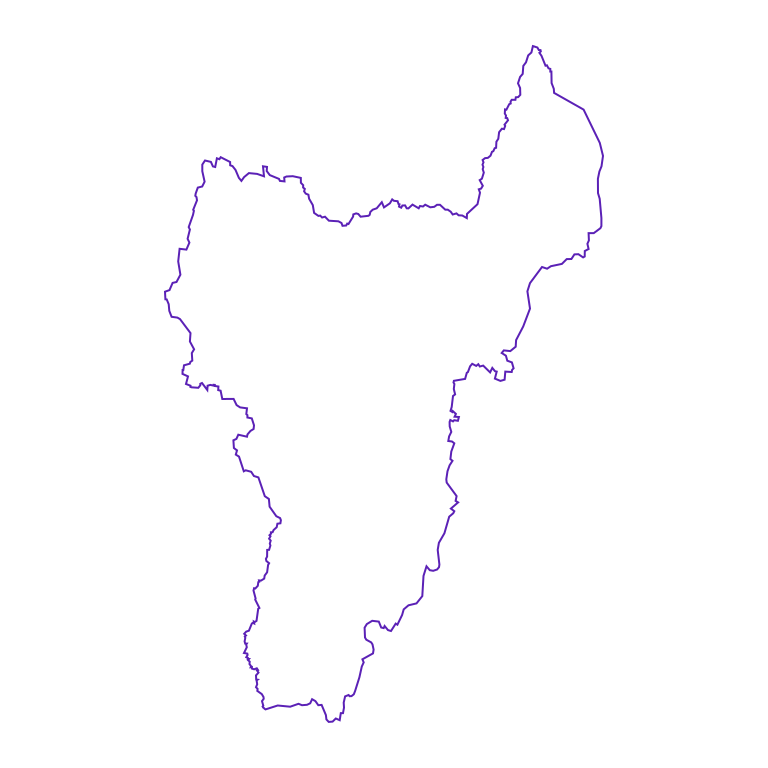 Kut Rang, Maha Sarakham, Thailand (Equal Earth projection)
{"feature_id": "78962969B2747980424565", "entity_name": "Kut Rang", "entity_type": "district", "adm_level": 2, "iso_a3": "THA", "parent_name": "Thailand", "parent_adm1": "Maha Sarakham", "projection": "equal_earth", "projection_center": [102.948, 16.039], "detail": "fine", "context": "isolated", "style": "outline", "palette": "violet", "viewbox_px": 768, "rotation_deg": 0, "n_neighbors": 0, "source": "geoboundaries", "source_scale": "gbopen_adm2", "svg_char_len": 6086}
<svg xmlns="http://www.w3.org/2000/svg" viewBox="0 0 768 768"><path d="M265.9,558.9L266.4,561.0L269.1,563.2L268.1,564.9L267.1,572.3L264.7,575.5L264.2,578.6L261.0,580.6L259.0,580.4L259.3,581.7L258.3,582.1L257.8,585.8L255.3,588.5L254.1,588.2L253.5,590.5L255.6,598.5L255.2,599.6L259.4,608.0L258.2,608.8L256.5,620.9L254.7,622.1L253.9,621.6L254.2,623.5L252.8,622.8L251.8,623.6L248.9,630.7L246.2,631.6L244.2,633.8L246.0,635.5L244.8,636.5L245.3,637.8L244.6,641.4L245.2,643.6L246.8,643.6L246.2,644.6L246.8,647.2L244.0,653.0L247.3,653.6L247.6,654.9L246.3,657.2L247.8,657.8L247.7,659.0L249.0,659.0L248.1,660.2L249.7,661.6L249.5,664.1L251.1,666.2L250.7,667.2L251.9,667.0L251.9,668.6L254.1,669.3L256.8,668.3L258.0,670.1L257.0,670.5L258.5,672.6L256.0,675.4L256.2,679.5L257.6,679.7L256.6,680.5L257.2,684.3L256.0,687.2L257.6,688.9L257.3,690.9L261.8,694.1L263.5,697.0L263.7,698.8L262.0,701.1L263.3,705.7L262.6,706.5L263.2,707.6L263.9,708.0L264.6,708.8L265.5,709.4L277.7,705.5L290.2,706.7L298.5,703.8L302.0,705.2L307.0,704.8L310.2,703.3L312.1,699.2L315.4,701.1L318.3,705.2L321.6,704.9L325.9,715.1L326.4,719.4L328.7,721.9L332.6,721.6L335.8,718.5L339.7,720.2L340.8,713.1L343.0,713.1L344.0,707.6L343.7,702.6L345.1,696.4L348.6,695.0L349.6,696.2L351.5,696.1L353.8,694.3L355.1,691.0L359.4,677.3L361.8,666.5L363.7,662.4L362.4,659.3L373.0,653.4L373.6,649.6L372.5,644.4L371.2,642.4L366.3,639.7L365.0,637.5L364.6,627.7L366.8,624.1L372.2,620.8L378.8,621.6L381.2,627.5L383.7,628.1L384.6,626.0L388.0,630.1L391.0,631.0L395.7,623.6L397.4,624.7L402.1,615.0L403.7,609.4L408.5,605.3L416.5,603.4L422.3,596.1L423.5,575.9L426.5,566.3L429.8,570.2L433.2,570.8L437.1,569.5L439.0,567.2L439.4,564.6L437.7,549.9L438.9,542.8L444.4,533.3L449.2,516.7L453.3,513.2L454.3,511.2L450.9,508.6L458.1,502.4L455.6,500.9L456.6,496.1L446.7,482.6L446.3,479.3L447.5,471.2L449.6,465.3L452.5,460.8L450.4,459.1L451.3,451.5L454.3,443.3L452.0,441.5L448.3,441.0L449.1,436.4L451.3,431.9L449.7,426.4L449.6,421.9L450.3,420.0L453.0,421.4L454.2,420.2L457.9,420.8L458.9,417.0L454.6,416.7L455.9,413.9L452.7,411.0L452.3,412.0L450.5,410.9L451.7,407.0L453.0,396.0L455.1,394.4L453.8,389.0L454.4,384.0L453.5,382.5L453.9,380.8L465.1,378.9L466.8,372.8L467.9,372.1L470.1,366.3L472.2,363.8L476.2,365.9L478.3,364.2L479.8,366.5L483.2,365.6L490.1,372.4L492.3,367.9L495.0,371.2L496.7,371.6L494.9,378.6L500.4,380.9L504.6,379.7L505.3,371.6L511.7,372.0L512.1,369.9L513.6,368.3L511.9,362.4L507.3,360.7L505.9,355.7L501.7,353.0L503.8,350.4L510.3,351.1L515.7,346.7L516.1,340.1L523.2,326.5L530.0,308.6L527.4,291.3L530.0,283.1L542.0,267.0L547.1,268.7L550.9,266.2L561.9,263.9L566.7,259.1L571.4,259.0L574.4,254.4L578.4,254.2L583.1,257.4L584.7,256.5L584.8,251.0L588.6,249.0L587.4,243.8L588.9,240.4L588.6,233.1L593.8,233.1L600.4,228.2L601.4,226.1L601.4,218.0L599.7,198.8L598.0,193.1L597.9,178.8L599.4,171.5L601.5,166.3L603.0,155.9L599.8,142.9L583.6,109.6L554.1,92.9L553.8,88.8L551.6,83.1L551.4,71.5L550.3,71.5L550.3,68.9L548.5,68.3L546.9,65.3L545.5,65.7L541.5,55.8L539.4,52.8L540.8,51.4L540.5,50.1L538.8,50.0L537.4,47.5L532.9,46.1L531.4,52.5L528.2,55.4L526.0,62.3L523.3,65.9L522.7,73.9L520.1,76.9L518.0,83.3L520.1,88.0L520.3,94.8L518.2,97.1L515.8,97.3L515.4,99.8L511.7,99.8L510.5,101.7L510.7,103.5L509.2,104.2L506.4,109.7L505.0,109.4L504.8,113.6L506.0,115.5L505.7,117.9L507.2,118.1L508.0,120.3L504.5,124.7L505.2,125.9L504.0,129.1L501.9,128.7L499.1,132.2L498.3,138.8L496.4,141.7L496.1,147.8L494.7,148.2L493.3,151.2L492.0,151.8L490.5,155.7L487.8,157.9L485.1,158.1L482.6,160.0L483.5,162.3L482.5,164.7L483.4,167.0L482.7,169.1L483.8,172.6L481.9,178.7L479.7,180.1L482.8,185.8L481.1,188.6L478.8,189.3L480.0,192.7L477.5,204.2L467.0,213.9L466.8,218.1L462.3,215.5L458.6,215.3L456.5,213.4L452.7,214.5L450.7,211.7L447.8,209.7L445.3,209.7L440.0,204.8L437.0,204.8L434.3,206.8L430.3,207.3L425.2,204.7L423.0,206.5L420.0,206.0L418.7,208.3L412.5,204.6L408.4,208.4L406.7,208.3L405.1,205.4L402.4,205.5L401.2,207.7L399.0,206.6L399.5,204.3L398.5,204.0L397.6,201.2L393.9,200.8L392.2,199.4L389.9,203.3L384.0,207.4L381.8,202.2L376.7,208.3L372.7,209.7L370.3,212.0L369.7,214.8L368.5,215.8L360.6,216.7L358.3,214.0L356.1,213.4L353.3,214.4L353.1,216.6L348.5,224.0L347.2,223.6L346.2,225.5L342.5,225.8L341.5,223.0L338.4,221.3L328.9,220.7L325.0,216.7L322.1,217.5L320.2,215.6L318.4,215.9L314.1,212.9L312.8,205.1L309.1,198.7L308.4,194.7L305.7,193.6L304.1,191.3L304.8,188.9L303.1,187.5L303.2,185.2L300.9,182.8L300.8,177.9L292.8,176.2L286.5,176.5L284.2,177.5L284.5,181.4L279.9,180.9L279.0,178.9L269.8,175.1L266.7,171.0L267.0,166.9L263.0,166.3L264.0,176.3L257.1,173.9L248.9,173.1L244.1,177.1L241.4,180.9L238.9,177.9L235.5,169.9L232.5,166.1L230.2,165.3L230.1,162.0L220.7,157.2L219.4,159.2L216.9,158.3L215.2,167.0L212.9,166.4L210.9,161.9L205.0,160.5L202.3,164.6L202.3,171.2L204.6,181.7L202.2,186.5L197.8,187.6L195.7,193.5L195.3,195.8L196.5,197.1L197.0,200.3L193.2,209.8L193.9,210.8L193.0,214.9L188.7,227.1L189.9,229.5L187.6,238.8L189.4,242.6L186.4,249.6L179.6,248.8L178.2,261.4L180.4,274.7L176.5,282.0L172.6,282.9L169.5,290.1L165.0,291.7L165.4,299.3L166.7,299.4L168.7,304.2L169.3,310.9L171.6,316.8L177.4,317.6L180.0,319.1L190.5,333.1L189.9,341.5L194.1,349.3L191.8,353.1L192.3,360.6L190.3,362.0L189.8,363.7L184.0,365.3L183.3,370.0L182.6,370.0L182.5,373.9L188.0,376.4L186.0,384.0L190.5,385.7L190.4,386.9L191.5,387.3L198.3,387.8L200.3,385.3L200.3,383.8L202.0,383.0L207.3,390.0L207.6,385.7L210.3,384.9L213.5,385.6L213.6,384.8L214.8,384.9L214.8,386.0L218.4,386.5L218.2,390.1L220.6,390.7L222.3,399.0L233.6,398.9L236.6,405.1L240.1,407.4L247.0,408.3L246.3,414.1L247.4,415.1L247.4,417.5L251.8,418.4L254.0,425.3L253.6,429.0L250.5,430.9L247.5,434.4L247.0,436.7L238.3,434.7L236.4,438.9L233.4,440.3L233.9,448.0L237.0,450.4L235.8,454.6L239.0,456.6L243.8,471.3L245.7,470.3L251.2,471.8L253.9,476.0L258.4,477.4L264.8,496.2L268.9,499.0L269.6,506.7L276.3,516.2L280.1,518.1L280.9,520.2L280.4,523.3L277.4,523.7L276.7,527.2L273.6,530.0L272.6,532.2L270.9,532.3L271.0,533.7L269.5,535.2L270.5,536.2L269.1,538.7L270.7,540.6L269.8,543.6L270.4,545.5L269.1,549.8L267.2,549.9L267.1,556.6L265.9,558.9Z" fill="none" stroke="#5b21b6" stroke-width="2"/></svg>